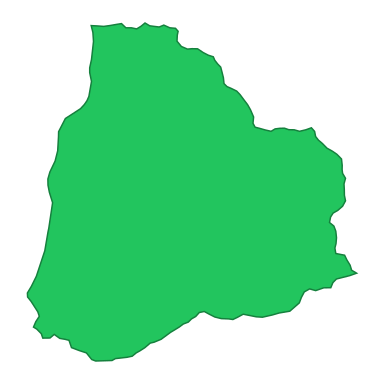 the district of Juarina, Tocantins, Brazil
{"feature_id": "56859067B90151409267562", "entity_name": "Juarina", "entity_type": "district", "adm_level": 2, "iso_a3": "BRA", "parent_name": "Brazil", "parent_adm1": "Tocantins", "projection": "mercator", "projection_center": [-49.096, -8.132], "detail": "fine", "context": "isolated", "style": "filled", "palette": "green", "viewbox_px": 384, "rotation_deg": 0, "n_neighbors": 0, "source": "geoboundaries", "source_scale": "gbopen_adm2", "svg_char_len": 2127}
<svg xmlns="http://www.w3.org/2000/svg" viewBox="0 0 384 384"><path d="M27.4,293.0L27.6,297.0L31.1,301.4L37.8,311.8L39.3,316.3L35.8,321.7L33.5,327.1L36.8,329.1L41.3,333.7L42.8,338.1L50.0,338.0L54.2,334.4L59.8,338.4L65.0,339.3L69.0,340.3L71.5,347.6L79.1,350.5L86.4,352.9L91.7,359.5L95.6,361.0L112.0,360.5L115.4,358.6L126.9,357.3L132.2,356.2L136.2,352.9L139.8,350.9L144.8,347.7L150.2,343.1L154.1,342.2L161.1,339.3L170.6,332.3L174.6,329.9L179.3,327.0L183.3,324.0L188.3,322.1L191.5,318.9L195.7,316.5L199.3,312.5L204.3,311.5L208.9,314.0L214.8,317.0L221.3,318.6L228.7,318.9L232.9,319.5L237.3,317.4L243.2,314.2L256.2,316.8L262.5,317.2L272.2,315.0L279.1,313.0L289.8,311.2L299.3,302.9L301.4,297.4L304.3,291.9L309.6,288.9L315.7,290.6L323.8,287.8L330.8,287.7L332.9,282.6L336.4,279.0L349.8,275.6L356.6,273.2L351.6,270.2L350.1,265.2L346.9,260.0L344.6,255.2L339.4,254.2L335.8,253.5L334.9,248.0L336.0,243.7L336.5,237.8L335.8,231.2L333.9,226.1L329.5,222.5L330.6,217.0L333.1,213.1L337.9,210.3L342.6,206.2L345.5,200.8L344.4,195.3L344.3,189.4L344.0,183.9L345.5,178.3L342.6,173.4L342.1,169.5L342.2,165.4L341.5,159.0L336.9,154.3L332.4,151.2L327.0,148.2L322.4,143.5L318.4,140.1L315.6,136.5L314.6,131.4L311.4,127.8L305.8,129.8L299.5,131.3L294.2,129.8L288.8,129.7L284.5,128.2L279.8,128.3L275.1,128.9L271.1,131.3L265.4,130.0L259.4,128.3L255.1,127.2L253.0,123.3L253.6,117.0L250.5,109.8L247.6,104.7L243.6,99.4L240.1,94.7L236.7,91.1L231.2,88.4L227.0,86.6L224.0,83.6L223.4,77.7L222.0,72.1L220.7,67.1L217.7,64.0L214.8,60.3L213.3,56.8L208.3,55.2L203.1,52.5L197.6,48.8L191.9,48.7L187.5,49.1L181.4,46.5L177.0,41.2L177.3,35.1L178.1,31.3L175.5,28.3L169.8,27.8L163.8,25.1L159.2,27.0L154.3,26.4L149.7,25.8L145.0,23.0L141.1,26.2L136.7,28.9L131.4,27.8L125.9,27.8L121.5,23.6L116.5,24.4L110.2,25.5L103.7,26.4L98.4,26.0L91.2,25.6L92.9,32.5L93.5,41.5L91.5,59.5L89.7,67.8L89.7,72.6L91.5,81.4L88.9,96.4L87.0,100.7L84.3,104.6L80.5,108.7L65.4,118.5L58.6,131.7L58.5,136.7L57.7,150.8L55.1,161.1L49.9,172.0L47.9,179.0L48.0,185.2L49.4,192.4L52.6,202.7L48.8,228.2L48.0,232.0L44.8,250.8L36.4,276.2L31.4,286.3L27.4,293.0Z" fill="#22c55e" stroke="#15803d" stroke-width="1.5"/></svg>